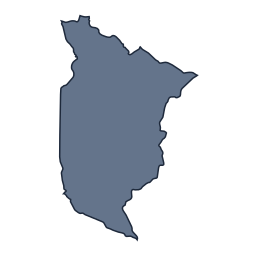 Adamaoua, Robinson projection, rotated 91°
{"feature_id": "CMR-1482", "entity_name": "Adamaoua", "entity_type": "Province", "adm_level": 1, "iso_a3": "CMR", "parent_name": "Cameroon", "parent_adm1": "", "projection": "robinson", "projection_center": [13.021, 7.091], "detail": "fine", "context": "isolated", "style": "filled", "palette": "slate", "viewbox_px": 256, "rotation_deg": 91, "n_neighbors": 0, "source": "natural_earth", "source_scale": "10m", "svg_char_len": 4174}
<svg xmlns="http://www.w3.org/2000/svg" viewBox="0 0 256 256"><g transform="rotate(91 128 128)"><path d="M55.9,105.4L59.4,101.6L60.8,99.1L61.7,98.4L62.4,97.7L62.6,96.5L61.8,92.8L61.7,91.5L61.9,90.1L62.3,88.8L64.2,84.8L69.7,76.2L71.8,73.8L72.1,72.9L71.9,71.8L71.6,70.3L71.3,67.9L71.3,65.5L71.6,64.0L73.8,60.4L74.1,59.6L74.7,60.3L77.0,63.9L87.5,74.6L88.8,75.4L90.0,75.8L91.4,76.0L93.4,76.1L94.2,76.2L95.1,76.5L95.6,77.1L96.7,79.2L96.8,79.9L96.8,80.5L96.5,81.1L96.1,81.6L96.0,82.3L96.1,83.7L96.2,85.6L96.6,86.6L97.1,87.2L97.8,87.7L99.1,88.2L99.8,88.5L100.4,88.5L101.7,89.3L102.7,90.3L107.1,91.7L115.9,93.2L116.7,93.4L121.4,96.3L122.2,96.5L123.0,96.5L124.2,96.3L125.5,95.9L127.1,95.6L129.9,95.8L130.3,95.0L130.5,92.6L130.6,91.8L130.8,91.3L131.3,90.6L131.7,89.9L132.3,89.5L136.2,90.5L137.7,91.7L138.2,92.5L139.1,93.4L140.1,94.0L141.3,94.6L144.2,96.7L144.9,96.9L145.5,96.6L146.2,95.8L146.7,95.3L148.7,94.5L149.3,94.2L150.6,93.3L151.4,92.9L152.4,92.7L153.2,92.8L154.5,93.3L155.1,93.4L155.8,93.3L162.1,91.7L163.3,91.6L164.0,91.7L164.6,92.5L164.7,95.2L165.1,95.8L165.7,96.3L167.1,96.7L176.7,97.9L177.2,98.2L177.6,98.7L178.1,100.9L178.3,101.6L178.6,102.1L178.9,102.5L181.2,104.5L181.8,105.1L182.1,105.7L182.2,106.7L183.3,108.7L186.2,112.2L187.2,113.1L187.9,113.5L188.7,114.3L189.5,116.3L189.7,119.7L189.6,120.5L189.4,121.3L189.5,122.3L190.0,122.9L190.6,123.2L191.2,123.4L192.6,123.4L196.6,123.0L197.3,123.1L198.1,123.4L198.9,124.0L199.5,124.8L200.1,125.8L200.4,126.6L201.8,128.8L205.2,129.6L206.0,131.0L206.4,131.4L207.1,131.9L207.8,132.1L208.4,132.2L209.0,132.0L209.7,131.9L210.3,131.6L211.0,131.2L215.1,128.4L226.5,122.7L227.4,122.4L228.3,122.2L229.1,122.2L230.4,122.1L231.2,121.7L232.0,121.2L235.4,117.9L236.6,117.0L237.5,116.7L238.2,116.6L238.9,116.7L239.3,116.9L239.4,117.0L239.5,117.0L238.2,118.2L237.2,121.2L236.4,122.6L236.2,123.3L236.1,123.9L236.4,127.5L236.2,128.1L235.8,128.8L234.5,129.4L234.0,129.8L233.4,130.8L233.0,132.0L232.2,135.9L230.4,141.3L229.2,143.9L228.3,146.7L227.9,147.6L227.2,148.2L223.9,150.1L223.0,150.7L222.3,151.7L221.7,153.2L215.4,169.3L214.0,171.5L213.9,172.2L214.1,173.6L214.2,174.3L214.0,175.0L213.5,176.1L211.4,179.1L210.6,179.9L202.7,184.2L200.4,184.1L200.0,185.1L199.1,186.3L197.5,188.1L196.7,188.3L195.4,189.7L194.7,190.5L194.8,190.7L194.8,191.1L194.7,191.0L193.5,190.3L192.6,189.0L192.1,188.8L191.6,188.9L191.2,189.3L191.0,189.7L190.7,190.2L190.4,190.7L189.6,191.0L186.8,191.2L181.6,192.7L178.7,193.1L174.2,193.8L173.2,193.6L170.5,192.5L169.6,192.4L168.8,192.6L163.0,195.1L158.0,195.8L136.4,196.0L109.7,196.0L95.6,196.0L89.9,195.8L88.6,195.2L88.4,194.8L88.0,194.2L87.1,193.1L86.8,192.7L86.7,192.2L86.5,191.5L86.3,190.9L85.9,190.2L85.3,189.6L78.3,183.8L77.4,183.4L76.3,183.1L74.2,183.1L73.1,183.4L72.2,183.8L70.9,184.7L70.3,185.1L69.7,185.3L69.0,185.5L67.8,185.5L66.4,185.4L65.5,185.1L64.7,184.8L63.4,184.1L62.2,183.0L60.4,180.8L60.1,180.4L59.8,179.9L58.3,180.0L57.7,180.2L57.7,180.5L57.8,181.3L57.7,181.5L57.3,181.7L57.1,181.5L56.9,181.2L56.4,181.1L56.0,181.3L55.2,182.5L54.5,182.8L53.8,182.9L53.4,183.1L53.2,183.4L52.9,183.7L51.8,183.8L50.7,183.8L49.5,184.0L48.5,184.7L47.5,185.7L45.3,187.3L42.7,190.1L41.4,190.8L41.0,191.1L40.1,191.6L27.6,194.8L25.7,195.9L24.6,196.2L23.7,195.8L23.1,195.9L22.2,196.4L22.5,195.2L23.4,192.6L23.4,191.6L23.1,190.2L22.2,187.5L21.9,186.1L21.8,185.0L21.9,183.6L22.0,182.9L22.6,181.5L22.7,180.8L22.5,180.2L21.6,179.5L20.9,179.1L16.5,177.9L17.0,176.4L17.6,173.7L17.7,172.0L17.3,168.8L19.0,168.6L19.3,168.7L19.9,169.1L20.3,169.2L20.6,169.0L21.2,168.4L21.4,168.3L22.0,168.4L23.2,168.7L23.8,168.7L25.1,168.4L26.6,167.6L27.6,166.4L28.0,165.0L28.3,162.4L29.1,160.3L30.6,159.0L32.8,158.8L34.3,157.8L35.6,155.8L37.1,151.6L37.5,149.9L37.6,148.2L37.4,147.1L36.2,145.6L35.8,144.6L36.1,143.0L37.1,141.4L40.5,137.9L43.7,135.6L43.9,135.3L44.1,134.5L44.3,134.2L44.6,134.1L45.1,134.2L45.7,134.0L46.6,134.0L47.0,133.8L47.3,133.3L47.4,132.7L47.5,132.2L48.4,131.6L50.7,129.2L51.3,128.7L52.1,128.5L52.7,128.5L53.2,128.8L53.7,129.0L54.2,128.7L54.7,127.3L54.0,125.7L51.9,123.1L49.1,118.6L48.4,117.9L47.1,117.6L46.7,117.2L47.2,116.7L48.2,115.9L49.3,114.7L52.7,108.9L55.9,105.4Z" fill="#64748b" stroke="#1e293b" stroke-width="1.5"/></g></svg>